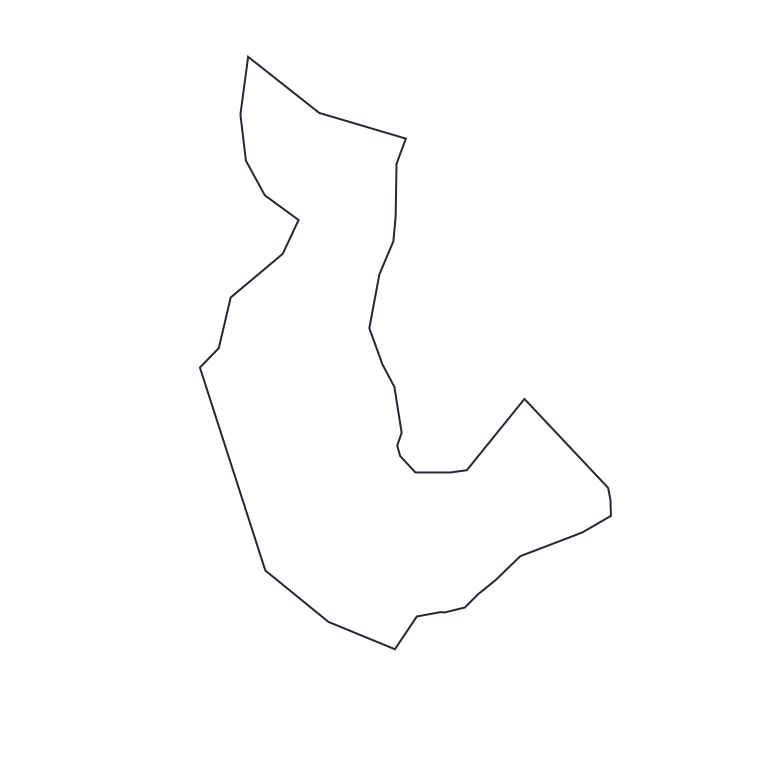 outline of Piran, rotated 25°
{"feature_id": "SVN-1033", "entity_name": "Piran", "entity_type": "Municipality", "adm_level": 1, "iso_a3": "SVN", "parent_name": "Slovenia", "parent_adm1": "", "projection": "orthographic", "projection_center": [13.635, 45.499], "detail": "fine", "context": "isolated", "style": "outline", "palette": "slate", "viewbox_px": 768, "rotation_deg": 25, "n_neighbors": 0, "source": "natural_earth", "source_scale": "10m", "svg_char_len": 669}
<svg xmlns="http://www.w3.org/2000/svg" viewBox="0 0 768 768"><g transform="rotate(25 384 384)"><path d="M434.3,623.1L433.9,623.0L355.3,603.2L210.2,446.9L219.1,421.3L208.5,370.4L237.2,308.8L237.3,271.5L196.3,263.4L164.5,240.0L140.0,200.5L122.6,144.9L210.7,165.7L300.1,152.4L302.3,179.2L323.7,227.1L332.2,250.7L333.5,286.6L347.1,339.6L374.4,367.0L394.6,382.2L420.6,420.7L422.0,434.2L429.1,442.5L449.9,450.9L481.8,436.0L495.5,427.1L517.6,338.2L631.0,383.4L638.2,393.3L645.4,407.6L626.5,434.7L580.3,482.4L568.0,514.6L558.2,534.6L551.7,552.4L535.5,565.4L531.6,566.9L512.0,580.8L506.2,618.3L506.0,619.8L434.3,623.1Z" fill="none" stroke="#1e293b" stroke-width="2"/></g></svg>